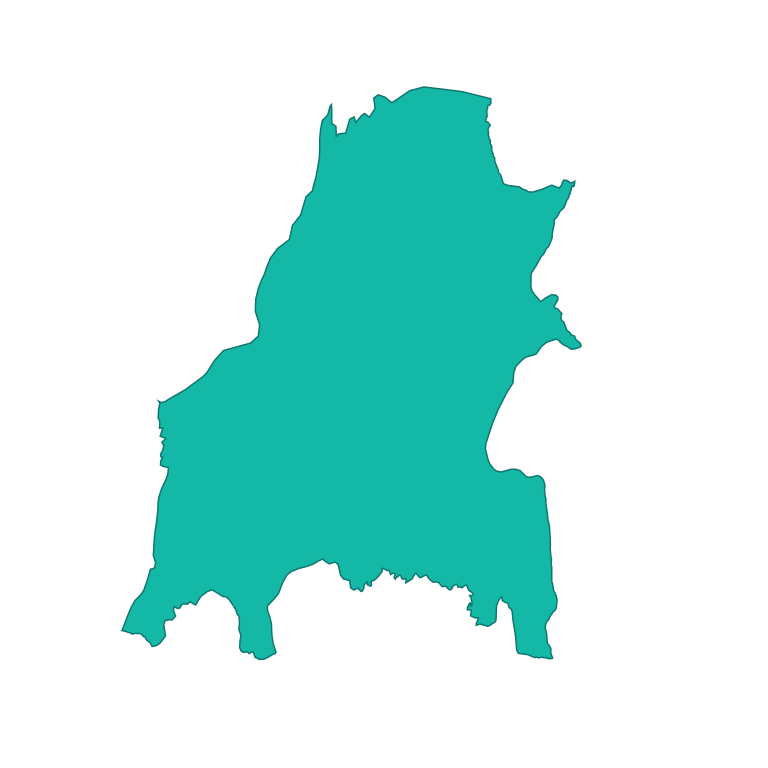 the district of Beyla, Beyla, Guinea, rotated 11°
{"feature_id": "49546643B61238663992809", "entity_name": "Beyla", "entity_type": "district", "adm_level": 2, "iso_a3": "GIN", "parent_name": "Guinea", "parent_adm1": "Beyla", "projection": "equal_earth", "projection_center": [-8.173, 8.91], "detail": "fine", "context": "isolated", "style": "filled", "palette": "teal", "viewbox_px": 768, "rotation_deg": 11, "n_neighbors": 0, "source": "geoboundaries", "source_scale": "gbopen_adm2", "svg_char_len": 6159}
<svg xmlns="http://www.w3.org/2000/svg" viewBox="0 0 768 768"><g transform="rotate(11 384 384)"><path d="M401.8,591.9L402.4,591.0L402.7,590.1L403.1,588.4L402.8,585.5L403.4,583.8L405.1,581.6L405.7,581.6L405.8,584.0L406.8,584.6L409.4,584.9L410.1,584.3L409.1,580.5L409.8,579.5L411.8,578.5L412.4,577.8L414.9,574.5L417.9,568.4L417.4,565.6L417.9,565.1L421.2,565.9L422.2,566.5L424.1,566.1L425.0,566.7L426.9,569.8L429.4,567.8L430.8,568.0L431.3,569.1L430.9,570.5L431.1,572.5L432.3,573.4L433.1,571.0L434.4,570.6L435.6,568.5L437.0,568.9L438.7,571.7L440.2,572.0L441.6,571.0L443.0,571.4L443.4,575.0L448.8,569.9L450.5,564.5L451.5,563.7L456.0,567.3L457.6,566.6L460.0,564.6L461.5,563.4L463.2,564.3L464.7,566.0L465.9,566.8L468.2,568.4L470.5,569.2L472.8,568.2L475.6,568.5L479.8,571.9L482.1,570.9L483.7,571.0L486.1,572.9L488.0,573.6L489.5,572.5L490.3,569.3L492.7,566.9L493.8,566.8L495.3,569.3L497.2,568.7L499.5,569.2L502.0,566.0L503.5,565.8L506.5,570.2L511.0,572.4L511.8,573.8L511.3,574.5L508.4,575.4L510.0,576.9L512.2,582.1L512.4,585.0L511.8,585.4L510.5,582.6L509.7,583.0L508.5,587.9L509.1,589.8L512.5,589.0L512.9,589.7L513.2,595.0L518.6,596.3L521.2,595.3L521.4,596.4L520.3,601.4L520.6,603.3L524.0,601.3L531.9,602.0L533.5,601.2L538.4,596.3L539.0,594.8L536.8,580.4L537.7,574.9L538.8,572.2L540.2,570.7L541.7,574.2L542.3,574.4L544.0,575.1L546.5,575.2L548.0,576.6L549.5,579.6L551.4,580.4L553.1,582.5L555.8,591.5L561.1,605.9L565.2,620.3L567.4,622.8L576.8,622.2L583.9,623.8L585.8,622.9L587.9,623.4L590.0,622.4L594.7,621.9L598.4,622.2L601.9,621.0L599.0,616.3L598.5,612.5L597.4,610.6L593.6,606.9L591.3,598.3L588.9,592.8L588.5,589.3L589.0,586.4L590.4,584.4L591.7,579.6L593.5,575.6L595.5,572.8L595.8,570.5L595.2,563.7L593.6,559.2L589.6,553.8L588.0,549.0L587.5,547.6L586.5,546.4L583.3,530.5L582.6,529.9L581.8,523.7L581.0,522.2L578.5,514.0L578.1,510.2L574.4,495.2L573.4,491.8L570.4,485.0L569.7,481.8L565.5,469.7L564.9,465.8L563.6,463.4L561.8,457.4L561.3,453.0L559.8,449.6L558.3,447.3L555.3,445.2L552.4,444.5L545.1,447.8L541.3,447.8L534.1,443.0L529.0,442.6L524.6,443.6L515.8,448.1L510.9,448.0L507.6,446.3L502.7,441.8L500.6,438.6L495.8,428.0L495.4,423.0L498.0,401.7L500.9,387.6L506.1,369.2L510.4,358.2L510.3,357.0L509.2,348.6L510.0,341.8L514.0,335.4L517.4,331.0L527.6,325.6L531.4,317.1L532.7,315.6L535.6,312.0L544.9,306.9L547.9,308.1L548.7,309.2L552.5,311.2L556.6,312.2L560.8,314.1L564.3,313.3L569.9,310.0L570.2,308.8L568.5,306.2L564.0,304.0L561.9,300.6L558.9,300.3L556.6,298.0L553.1,296.3L548.7,288.9L546.5,287.9L545.2,286.0L544.8,282.8L545.2,281.0L540.1,277.2L536.6,276.5L536.2,275.4L538.5,268.3L538.2,265.7L535.9,264.0L531.6,264.3L525.9,269.0L522.1,273.3L513.5,266.5L511.1,263.8L510.5,262.3L509.5,260.3L508.5,254.0L507.5,248.7L507.6,246.8L510.9,238.6L513.9,229.0L515.8,226.1L517.6,219.9L518.9,218.6L520.2,214.1L521.1,208.1L520.8,206.5L520.5,204.4L520.5,193.7L519.9,191.1L520.2,189.5L521.7,187.5L522.9,184.1L524.1,180.3L527.1,176.4L528.4,168.8L529.4,166.5L529.9,162.6L530.6,161.0L530.0,159.8L530.7,157.7L530.5,155.8L530.8,153.7L532.5,154.1L532.9,152.6L532.6,148.6L530.0,150.7L527.5,150.6L525.2,149.3L521.6,149.6L520.9,151.1L520.4,154.7L518.8,157.9L518.0,158.2L510.8,156.8L503.8,161.5L502.0,162.7L493.5,167.2L488.5,167.9L487.1,166.8L483.2,166.3L479.2,164.7L467.4,165.4L463.0,164.6L458.7,156.6L456.2,154.6L455.3,152.2L450.3,144.5L449.4,140.7L447.7,139.5L447.1,136.8L446.1,136.1L444.9,133.4L444.6,130.6L442.3,127.3L442.0,124.7L440.5,123.0L438.7,119.2L438.9,118.0L437.5,114.3L438.0,111.4L439.0,109.8L435.9,107.1L433.6,106.6L433.4,104.6L434.2,102.0L432.7,95.9L433.1,94.1L432.8,91.5L433.4,90.4L434.6,90.0L435.3,88.2L434.6,84.0L434.3,83.6L404.6,82.1L366.5,84.8L353.4,91.1L342.0,102.6L337.9,106.4L330.3,102.3L323.1,101.2L319.4,105.3L322.7,115.3L318.7,124.8L313.3,122.1L310.6,125.1L306.4,132.7L303.8,127.5L299.8,130.7L298.5,145.1L292.0,147.0L289.9,149.8L287.6,140.2L283.0,138.2L280.7,126.4L279.1,119.8L278.1,121.8L277.4,130.8L273.2,137.2L273.2,146.3L274.2,156.1L276.0,165.4L277.4,174.4L277.6,183.9L277.8,193.3L277.0,202.5L276.9,207.9L271.8,215.0L269.9,234.1L263.9,245.8L263.6,260.1L253.6,271.4L248.5,282.1L246.4,292.8L245.7,298.9L244.1,304.7L242.5,313.4L241.9,325.1L243.8,337.1L250.6,349.6L251.5,360.9L245.2,369.3L229.5,377.1L220.0,381.8L213.1,393.4L208.1,406.3L206.0,409.7L204.6,411.7L198.3,418.4L190.4,427.2L174.8,440.7L172.7,443.0L171.3,443.7L169.0,444.8L166.1,443.9L167.7,445.6L167.5,451.7L168.9,460.8L170.3,462.0L171.6,465.8L172.0,470.2L175.2,469.4L174.3,478.0L180.0,478.9L179.1,481.0L177.1,483.4L179.5,486.4L179.6,488.3L179.3,492.1L178.1,495.1L178.9,498.0L180.6,498.2L179.6,501.9L180.0,506.1L183.2,507.1L188.3,507.1L189.0,513.1L188.4,518.7L186.9,524.3L185.7,529.2L185.1,533.6L184.6,538.7L185.0,544.4L185.5,547.2L186.2,552.5L186.8,559.5L187.3,566.8L187.4,572.0L188.0,579.4L189.4,589.6L190.3,596.5L193.8,602.7L194.0,607.8L192.3,609.5L190.1,610.3L189.5,617.7L188.7,625.1L187.5,632.4L185.4,637.4L180.9,644.0L178.3,652.1L177.1,658.0L175.2,668.1L174.1,675.2L173.6,675.8L174.1,676.0L176.1,676.1L177.6,676.1L180.0,676.6L182.6,676.7L184.5,677.6L187.4,676.2L193.0,675.5L195.9,677.6L197.4,677.9L198.4,678.9L200.0,680.7L204.1,682.9L206.4,685.9L210.4,684.3L213.7,681.0L216.8,674.5L217.6,672.8L213.8,662.5L214.1,658.3L217.7,656.5L221.2,655.9L223.7,651.6L220.5,646.5L220.4,642.6L224.3,643.7L226.2,643.0L227.8,638.6L230.5,637.9L233.2,637.6L235.0,634.8L238.8,636.1L241.3,636.8L242.9,632.1L244.9,627.2L248.3,623.5L250.2,621.4L254.5,618.8L260.2,620.9L266.4,623.3L269.6,623.1L272.9,625.0L277.8,629.7L281.3,633.3L283.8,637.9L286.1,639.9L287.7,646.1L288.4,652.7L291.6,658.1L291.7,663.6L292.6,670.4L294.7,673.4L296.9,674.2L299.4,673.6L300.5,672.8L303.1,674.3L304.8,672.8L306.4,671.5L309.7,677.0L314.5,678.1L319.0,676.9L323.9,673.0L326.6,670.5L328.5,669.5L329.2,668.0L324.3,659.1L321.4,650.2L319.3,641.0L316.5,634.8L312.8,628.5L311.9,624.2L315.5,618.4L317.4,615.6L319.1,612.3L320.6,608.9L322.4,598.4L325.1,590.1L328.6,585.9L336.0,581.1L341.2,578.7L348.7,574.5L353.1,570.4L357.3,567.5L358.8,568.7L364.6,571.0L369.8,568.1L373.2,569.7L375.6,574.8L377.8,580.0L381.4,583.1L387.8,583.5L390.2,590.5L393.6,592.0L397.5,589.3L399.2,590.8L400.7,591.8L401.8,591.9Z" fill="#14b8a6" stroke="#0f766e" stroke-width="1.5"/></g></svg>